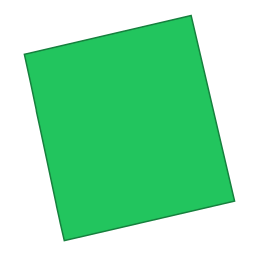 outline of Yoakum, Texas, United States of America, rotated 347°
{"feature_id": "52423323B73359815084270", "entity_name": "Yoakum", "entity_type": "district", "adm_level": 2, "iso_a3": "USA", "parent_name": "United States of America", "parent_adm1": "Texas", "projection": "orthographic", "projection_center": [-103.003, 33.174], "detail": "fine", "context": "isolated", "style": "filled", "palette": "green", "viewbox_px": 256, "rotation_deg": 347, "n_neighbors": 0, "source": "geoboundaries", "source_scale": "gbopen_adm2", "svg_char_len": 342}
<svg xmlns="http://www.w3.org/2000/svg" viewBox="0 0 256 256"><g transform="rotate(347 128 128)"><path d="M43.6,32.9L43.3,59.1L43.2,65.4L42.7,89.7L42.5,91.5L42.3,108.0L41.7,142.7L40.9,186.6L40.8,188.1L40.7,200.7L40.6,205.3L40.6,221.1L40.6,223.4L215.4,223.2L214.8,32.6L43.6,32.9Z" fill="#22c55e" stroke="#15803d" stroke-width="1.5"/></g></svg>